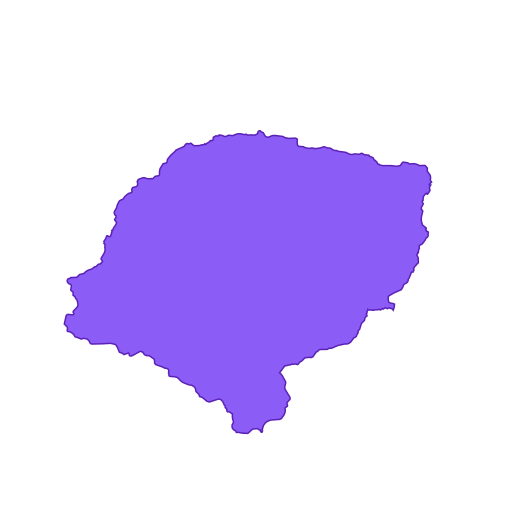 Mecuburi, Nampula, Mozambique, rotated 38°
{"feature_id": "85939544B36345946298130", "entity_name": "Mecuburi", "entity_type": "district", "adm_level": 2, "iso_a3": "MOZ", "parent_name": "Mozambique", "parent_adm1": "Nampula", "projection": "orthographic", "projection_center": [38.95, -14.45], "detail": "fine", "context": "isolated", "style": "filled", "palette": "violet", "viewbox_px": 512, "rotation_deg": 38, "n_neighbors": 0, "source": "geoboundaries", "source_scale": "gbopen_adm2", "svg_char_len": 6143}
<svg xmlns="http://www.w3.org/2000/svg" viewBox="0 0 512 512"><g transform="rotate(38 256 256)"><path d="M348.9,89.7L347.9,89.5L346.2,88.4L345.5,86.9L343.7,85.2L338.7,83.7L336.9,81.2L333.9,80.6L333.1,80.8L329.3,84.0L325.5,85.0L323.3,86.2L320.3,89.0L318.4,89.1L314.4,91.2L313.8,92.1L314.0,95.8L312.0,98.4L306.3,102.0L299.9,107.0L297.5,108.0L296.4,108.0L295.6,108.5L293.0,107.5L291.1,107.3L289.6,107.5L288.1,106.5L286.2,106.8L284.5,107.5L282.8,107.1L279.2,109.4L276.2,109.9L275.6,110.5L274.9,112.2L271.1,114.6L269.1,117.0L267.0,118.2L263.0,119.0L256.6,122.7L254.4,123.4L252.7,124.6L251.3,125.0L249.0,125.1L247.1,125.8L245.7,126.9L242.3,128.0L240.0,131.4L236.6,134.9L233.5,136.4L232.4,137.8L230.6,139.1L228.0,140.4L226.0,140.7L222.3,143.2L220.7,143.3L218.4,141.1L216.8,138.7L216.0,138.4L215.3,138.6L214.4,138.9L209.1,143.4L205.9,144.9L203.5,145.3L196.8,149.3L194.9,150.9L192.5,154.8L191.6,155.6L189.6,155.9L185.8,154.4L184.1,154.9L182.2,154.8L181.5,155.3L181.0,156.4L181.9,158.8L180.7,161.4L177.3,163.8L175.3,165.6L174.6,166.0L173.4,166.0L172.1,167.5L168.4,169.3L166.0,171.3L163.5,175.5L159.8,177.9L159.4,179.2L157.9,181.1L155.2,181.8L152.4,183.3L152.5,184.6L150.3,186.1L149.9,187.7L149.4,188.2L149.3,188.6L149.7,189.5L150.5,190.3L150.6,191.8L149.0,193.0L148.9,195.1L147.8,197.7L147.7,199.1L146.5,199.1L146.4,200.3L144.4,202.3L143.7,203.5L139.8,206.9L138.2,207.3L135.2,207.2L134.0,209.1L132.6,209.6L131.7,211.2L131.9,213.7L131.6,214.5L127.8,221.7L127.8,223.2L126.8,229.0L126.7,233.6L126.9,234.7L127.8,236.2L128.1,237.9L126.0,240.4L126.6,246.2L127.9,248.8L130.0,251.5L130.0,252.5L127.5,255.3L127.0,258.8L126.7,259.1L125.6,259.6L123.6,261.6L119.5,263.2L118.2,264.7L116.1,268.2L116.5,270.4L117.9,271.5L119.2,273.4L119.0,275.0L116.7,277.9L116.9,279.7L118.7,281.8L118.8,282.9L117.3,284.7L116.6,286.7L116.0,290.2L116.2,292.9L114.6,296.1L114.5,297.5L115.3,301.2L116.5,304.1L117.0,307.7L117.5,309.1L119.2,310.4L121.2,310.6L121.9,312.0L122.0,314.1L122.4,314.6L125.2,315.3L125.9,316.3L126.3,318.2L126.5,322.0L127.2,323.4L126.7,324.1L126.7,324.9L127.6,325.5L127.9,326.9L128.7,328.1L128.7,329.1L129.2,329.8L129.1,330.5L128.4,331.1L126.4,331.5L126.0,332.1L126.9,335.0L127.1,338.1L128.0,338.8L128.4,339.7L129.5,339.9L130.5,340.6L131.5,342.2L133.5,344.2L134.6,347.2L135.3,353.0L135.9,353.9L138.2,354.5L138.5,355.1L138.2,356.5L138.4,357.7L136.8,359.7L136.5,363.0L135.5,363.7L134.6,367.4L132.5,370.4L131.4,373.2L131.4,374.7L130.7,376.3L128.4,379.1L127.8,383.2L123.2,387.1L123.3,388.1L122.3,389.1L121.9,390.0L122.2,391.5L123.4,392.6L125.2,393.1L127.2,392.6L128.4,392.8L129.1,393.4L130.9,396.8L131.5,397.1L134.2,397.1L136.0,399.6L138.2,399.5L139.8,400.4L142.0,400.9L144.8,403.0L146.0,404.5L146.4,405.3L146.5,406.8L146.0,412.0L146.5,412.9L148.0,413.5L148.3,414.5L147.5,415.4L143.7,417.8L143.2,418.5L143.2,419.5L143.3,420.3L146.8,427.6L150.7,428.1L151.7,428.7L153.4,431.3L154.0,431.4L156.0,430.3L158.0,430.0L160.5,430.0L162.5,430.9L163.5,431.0L165.9,430.0L169.4,429.1L170.7,427.2L172.4,426.1L174.3,425.4L176.7,425.7L179.2,426.9L180.3,426.7L180.9,426.4L188.7,420.0L195.1,414.4L199.1,412.5L200.4,412.3L203.2,413.4L207.5,415.9L210.9,414.9L212.6,415.0L215.3,410.9L216.2,411.2L217.4,412.3L218.3,412.3L219.2,411.7L219.9,410.6L223.4,402.5L224.4,401.9L225.1,401.9L225.6,401.4L229.0,402.5L230.3,401.9L231.3,401.9L232.1,401.0L233.4,400.3L239.1,400.0L240.0,400.5L242.3,403.0L243.9,403.3L250.4,401.1L253.0,400.6L254.9,399.5L256.4,399.3L257.7,399.8L259.1,402.1L260.4,403.0L261.1,403.9L261.7,404.0L262.7,403.6L266.5,401.1L268.4,400.3L270.1,400.2L272.9,400.7L276.1,400.7L281.8,399.1L284.9,397.5L287.4,397.1L288.9,397.3L290.1,398.0L292.2,399.8L295.6,400.1L296.8,400.5L298.0,401.5L300.8,400.5L306.7,400.7L309.2,399.7L314.5,391.8L316.2,390.9L317.8,390.9L319.8,391.4L322.8,393.0L324.3,393.2L325.0,394.4L326.8,394.5L328.9,396.3L329.6,396.3L330.8,395.2L333.7,395.1L334.4,394.8L337.1,398.1L340.6,400.8L341.3,404.2L343.1,406.1L345.1,406.7L348.1,406.4L349.1,407.2L350.6,405.9L354.3,404.0L358.8,400.8L359.9,394.5L363.2,391.3L365.6,391.0L366.6,390.3L367.3,391.3L368.7,391.6L369.2,391.2L369.1,390.3L367.5,388.3L366.2,384.8L366.1,381.9L366.5,380.0L368.4,376.4L374.9,370.5L375.7,369.5L376.1,368.2L375.9,363.8L375.1,361.3L373.9,359.2L372.4,358.1L373.2,355.2L372.9,354.4L371.2,353.2L370.7,352.3L371.0,348.0L370.3,346.9L369.4,346.3L360.9,343.1L359.3,341.6L357.7,338.0L356.8,336.9L350.6,334.2L348.1,333.5L346.5,333.6L346.3,324.7L347.1,324.2L349.2,321.4L350.3,320.5L350.6,319.3L351.9,318.5L353.3,316.9L355.4,316.1L355.9,315.4L355.7,313.1L356.8,310.2L357.2,306.3L359.5,303.8L362.0,302.0L362.9,300.5L362.6,294.3L363.3,293.4L363.4,291.5L364.0,290.3L369.4,285.9L369.9,285.2L370.3,283.6L371.7,282.8L372.5,281.8L375.7,276.0L380.2,270.6L382.2,269.0L383.2,267.1L383.6,265.2L383.5,260.6L384.5,258.2L384.5,257.3L384.0,255.9L383.7,253.6L382.6,252.3L382.8,250.0L380.6,244.3L381.1,239.9L379.9,237.4L379.9,236.5L380.4,235.2L380.0,234.4L378.6,233.8L378.5,232.4L377.7,231.7L377.5,230.0L377.0,229.3L378.0,229.2L379.9,227.7L381.8,226.6L383.4,224.7L385.1,223.4L385.5,222.5L387.4,221.8L387.9,219.6L389.0,219.5L389.7,217.2L391.9,216.7L392.5,215.1L395.0,214.2L395.6,213.7L397.5,214.2L396.2,210.8L394.8,208.7L393.6,208.9L391.0,210.3L389.2,210.7L387.4,209.3L385.2,206.5L385.2,205.9L387.4,200.2L391.2,193.2L390.9,190.4L390.1,188.0L390.4,186.2L391.3,184.4L391.4,183.3L391.1,181.8L390.3,180.7L390.3,179.4L388.7,173.6L388.7,172.5L389.6,172.1L389.3,171.3L389.4,170.2L388.2,169.1L387.7,167.6L387.6,166.1L387.9,164.9L387.6,163.6L388.2,162.2L387.9,161.1L384.7,157.4L382.1,156.3L382.0,154.5L381.3,153.8L381.7,153.2L380.2,150.7L380.2,149.6L378.3,147.5L378.4,146.7L379.6,144.3L379.5,139.3L379.0,137.2L379.5,135.8L379.4,134.8L378.8,133.4L378.2,133.0L377.2,131.1L376.0,131.0L375.1,131.6L374.1,130.7L373.2,130.6L373.1,129.4L372.7,129.1L368.2,129.1L365.2,127.0L363.5,125.2L362.1,123.1L360.0,118.3L359.4,117.7L357.7,117.5L357.6,117.1L356.8,116.6L356.4,115.9L355.8,112.0L353.5,110.8L353.2,110.2L353.4,109.1L352.4,108.1L351.3,105.9L351.2,102.8L351.8,101.5L352.6,102.0L353.1,101.7L353.1,99.5L352.7,97.1L351.3,96.1L350.3,94.7L350.0,92.6L349.3,93.2L348.6,93.2L348.5,91.9L348.9,89.7Z" fill="#8b5cf6" stroke="#5b21b6" stroke-width="1.5"/></g></svg>